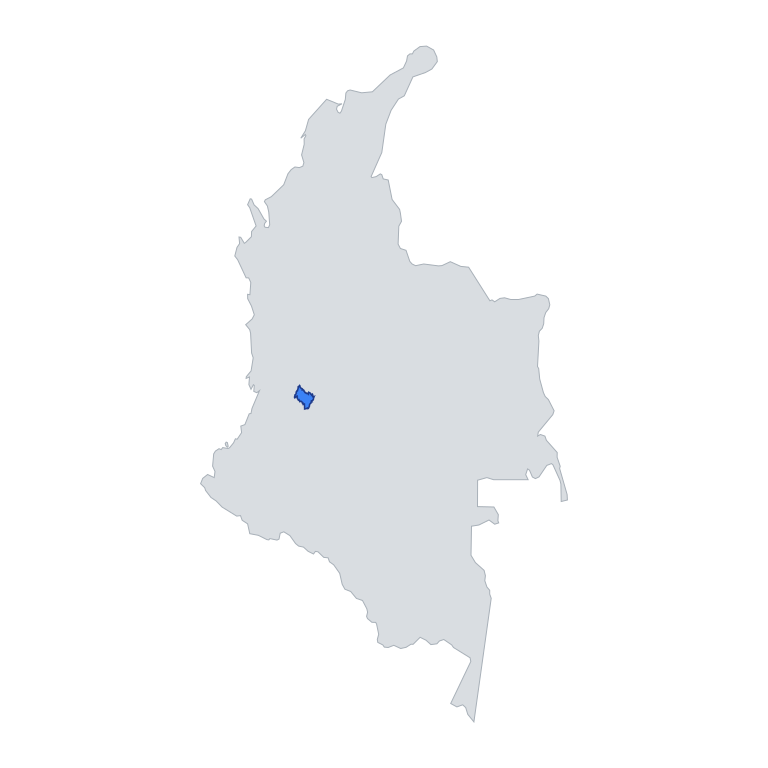 location of Chaparral, Tolima, Colombia
{"feature_id": "7082276B10096367300511", "entity_name": "Chaparral", "entity_type": "district", "adm_level": 2, "iso_a3": "COL", "parent_name": "Colombia", "parent_adm1": "Tolima", "projection": "equal_earth", "projection_center": [-75.57, 3.753], "detail": "fine", "context": "in_parent", "style": "filled", "palette": "blue", "viewbox_px": 768, "rotation_deg": 0, "n_neighbors": 0, "source": "geoboundaries", "source_scale": "gbopen_adm2", "svg_char_len": 7742}
<svg xmlns="http://www.w3.org/2000/svg" viewBox="0 0 768 768"><path d="M431.9,69.0L425.5,72.5L412.9,76.9L404.3,95.8L398.4,99.1L391.1,110.3L385.8,124.2L381.8,152.5L371.1,176.6L371.9,177.6L376.2,176.6L380.3,173.9L381.8,174.7L383.2,178.9L388.2,180.0L392.1,199.5L399.6,209.4L400.4,213.2L401.5,221.3L398.8,226.2L398.1,244.1L400.4,248.5L406.0,250.3L409.8,261.4L412.1,264.0L415.6,265.7L423.7,264.0L438.5,265.9L442.0,265.6L450.3,261.7L460.8,266.4L468.6,267.2L489.9,300.8L492.0,299.9L494.7,301.8L500.0,298.4L504.6,297.8L510.7,299.5L518.6,299.5L534.7,296.1L537.1,294.1L545.8,296.1L548.4,298.6L549.8,304.8L548.7,308.7L545.7,312.6L544.0,317.7L543.7,323.8L542.2,328.3L539.4,331.2L538.3,335.5L538.9,341.1L537.5,366.5L538.7,368.6L539.7,379.0L543.4,392.6L545.2,396.5L548.4,399.6L554.1,410.8L552.8,414.6L538.3,432.1L537.6,436.1L540.4,434.5L544.9,436.1L546.4,440.3L557.2,452.5L557.1,457.2L560.2,466.3L559.6,468.4L567.1,494.5L567.4,500.0L561.2,501.5L560.9,484.0L560.0,480.4L553.0,464.9L551.5,463.6L546.8,465.4L539.0,476.9L535.4,478.6L532.4,477.0L529.5,470.2L527.6,468.9L525.7,474.6L528.1,479.7L493.6,479.7L486.9,477.6L477.6,480.2L477.5,506.6L493.9,507.0L498.3,514.6L497.9,520.7L498.7,522.9L494.7,524.2L489.0,520.0L478.9,525.0L471.5,526.2L471.0,555.3L475.4,562.6L484.1,570.4L485.4,575.7L484.8,580.7L486.9,587.0L489.7,590.3L489.7,594.1L491.2,598.3L473.9,721.9L467.8,714.4L465.7,707.6L462.7,704.8L456.9,706.9L450.7,703.5L470.8,661.5L470.1,657.8L453.5,647.5L451.7,644.9L443.8,639.5L439.4,641.0L436.9,643.8L430.9,644.6L426.0,640.2L420.1,637.3L413.1,644.3L411.0,644.2L406.1,647.3L400.7,648.5L393.8,645.3L388.2,647.5L384.3,647.1L382.8,644.9L377.8,642.4L377.3,639.5L378.7,634.3L376.6,624.1L375.7,622.4L371.9,622.3L367.5,618.6L366.6,616.4L367.6,612.2L366.8,608.7L362.5,600.5L356.4,598.4L350.7,591.5L344.9,589.2L342.2,584.3L339.7,573.3L333.7,564.8L329.5,561.8L328.1,557.8L323.8,557.4L318.0,551.8L315.4,551.4L313.5,554.0L308.1,551.3L303.5,547.1L298.7,546.1L295.6,543.6L289.9,535.6L283.8,531.8L280.2,533.2L279.0,539.1L277.0,540.1L269.9,538.6L268.8,539.9L266.9,539.6L258.3,535.3L249.8,533.7L247.6,523.8L242.2,520.3L240.5,515.6L236.7,516.1L222.1,507.1L216.1,500.9L211.0,497.5L205.6,490.5L204.7,487.7L200.6,483.7L202.7,478.4L207.6,474.5L214.2,477.6L215.0,471.5L212.6,466.1L213.7,453.9L215.4,451.1L219.0,448.7L221.2,449.6L222.7,447.6L228.0,448.5L229.6,447.7L233.6,442.8L235.4,438.8L237.2,439.2L241.6,432.6L240.8,426.1L244.9,424.6L249.2,413.8L251.0,413.5L252.0,408.4L259.5,390.6L256.8,392.7L253.8,391.4L254.3,385.4L253.4,384.7L251.0,389.3L248.9,384.6L249.5,377.0L246.1,378.4L246.3,376.7L251.1,370.9L253.2,357.8L251.6,353.0L250.6,333.3L249.7,329.6L245.7,324.7L252.1,319.0L254.3,314.8L251.5,306.1L247.7,298.7L247.6,294.3L249.9,294.7L250.8,282.5L248.7,277.9L246.1,277.8L237.7,259.8L234.8,256.0L237.0,247.4L239.6,243.6L239.0,237.0L240.7,237.3L244.3,243.3L245.7,242.4L251.4,236.7L251.6,231.5L256.1,226.0L249.7,207.6L247.6,204.7L250.2,198.8L251.6,199.1L254.1,204.9L258.1,208.6L263.9,218.9L266.4,221.2L264.6,223.5L264.2,225.9L265.1,227.3L268.4,227.6L269.7,224.8L268.8,212.3L267.4,206.0L264.4,201.6L265.3,199.8L271.3,196.7L283.7,184.8L288.0,173.7L291.2,169.6L294.9,167.0L299.4,167.6L302.8,166.2L303.9,162.6L301.6,154.9L304.2,144.3L304.1,138.9L305.9,135.7L305.3,134.5L300.8,138.2L305.4,130.8L308.6,119.4L326.6,99.3L338.3,104.1L342.0,103.8L337.2,106.3L336.5,109.2L338.1,112.3L339.9,113.2L341.4,111.2L345.3,99.5L345.9,93.0L347.6,90.8L350.1,90.0L361.6,92.8L372.4,91.8L390.1,75.0L403.4,67.9L406.6,61.0L407.5,55.9L409.9,53.9L412.4,53.9L413.9,51.0L420.0,46.6L426.6,46.1L433.6,50.0L436.8,56.9L437.3,61.6L431.9,69.0ZM228.2,446.3L227.3,447.2L225.8,445.6L225.2,443.6L226.2,442.1L227.4,442.6L228.2,446.3Z" fill="#d9dde1" stroke="#a8b0b8" stroke-width="1"/><path d="M304.6,408.9L304.8,408.8L304.9,408.7L305.1,408.9L305.4,408.9L305.6,408.8L305.9,408.8L306.1,408.6L306.4,408.4L306.5,408.4L306.9,408.3L307.0,408.4L307.5,408.0L307.6,407.9L307.8,408.0L308.1,408.1L308.2,408.3L308.2,408.2L308.2,408.4L308.2,408.5L308.4,408.4L308.4,408.1L308.7,407.7L308.8,407.6L309.1,406.9L309.1,406.6L309.3,406.2L309.5,406.0L309.5,405.9L309.5,405.7L309.4,405.5L309.4,405.0L309.6,404.8L309.7,404.4L309.9,404.1L310.1,403.8L310.1,403.7L310.4,403.5L310.5,403.4L310.6,403.2L310.8,403.2L311.1,402.9L311.1,402.7L311.1,402.2L311.2,401.9L311.3,401.7L311.5,401.7L311.4,401.6L311.3,401.4L311.4,401.2L311.4,400.8L311.5,400.8L311.8,400.9L312.2,400.8L312.2,400.7L312.4,400.7L312.5,400.6L312.8,400.4L312.9,400.1L313.0,399.9L313.0,399.5L313.1,399.4L313.1,399.5L313.2,399.8L313.3,399.7L313.4,399.2L313.5,399.0L313.5,398.8L313.5,398.5L313.6,398.0L313.7,397.8L313.8,397.6L313.9,397.4L313.8,397.2L313.9,396.9L314.0,396.7L313.8,396.8L313.7,396.7L313.5,396.8L313.4,396.9L313.2,397.0L313.1,396.9L313.0,397.0L312.9,396.9L312.7,396.7L312.8,396.2L312.8,395.8L312.8,395.7L312.9,395.2L312.5,395.1L312.4,395.0L312.3,394.9L312.3,394.7L312.1,394.9L312.1,395.0L311.9,395.0L311.7,395.1L311.7,394.9L311.6,395.0L311.6,394.8L311.6,394.6L311.4,394.5L311.4,394.4L311.2,394.1L310.9,393.9L310.8,394.0L310.7,394.1L310.5,393.9L310.5,393.7L310.4,393.5L310.3,393.3L310.3,393.2L310.2,393.1L310.0,392.9L309.9,392.9L309.7,392.7L309.3,392.6L309.1,392.2L309.1,392.3L308.8,392.2L308.8,392.3L308.6,392.8L308.5,393.3L308.3,393.7L308.3,393.9L308.3,394.1L308.2,394.0L308.0,393.8L308.0,393.7L307.9,393.6L307.7,393.4L307.3,393.4L307.2,393.3L307.1,393.5L306.9,393.4L306.9,393.5L306.6,393.5L306.5,393.3L306.4,393.3L306.2,393.3L306.0,393.0L305.7,392.9L305.6,392.7L305.4,392.8L305.2,392.8L305.0,392.6L304.6,392.1L304.6,391.9L304.6,391.7L304.5,391.4L304.4,391.4L304.3,391.2L304.0,391.2L303.9,390.9L303.9,390.6L303.8,390.2L303.5,390.0L303.4,389.9L303.2,389.8L302.9,389.9L302.9,390.0L302.7,390.0L302.5,389.9L302.3,389.9L302.4,389.7L302.5,389.6L302.5,389.3L302.5,389.1L302.4,388.9L302.1,388.7L301.8,388.5L301.6,388.6L301.4,388.6L301.2,388.4L301.2,388.2L300.9,388.0L300.7,387.9L300.5,387.7L300.2,387.1L300.1,386.9L299.9,386.5L300.0,386.2L299.9,385.9L299.8,385.6L299.6,385.4L299.4,385.7L299.1,386.1L298.9,386.2L298.8,386.4L298.8,386.8L298.7,386.9L298.4,386.7L298.2,386.7L298.1,386.9L298.1,387.2L298.1,387.5L298.2,387.8L298.2,388.0L298.1,388.7L297.8,389.0L297.8,389.4L297.7,389.6L297.8,389.7L297.8,389.9L297.6,390.3L297.4,390.6L297.4,390.9L297.1,391.0L297.1,390.9L297.0,390.7L296.9,390.8L296.7,391.3L296.5,391.6L296.4,391.7L296.2,391.9L296.1,392.2L296.2,392.4L296.2,392.6L296.4,393.0L296.2,393.2L296.1,393.3L296.0,393.7L296.0,393.8L295.8,394.2L295.5,394.5L295.4,394.6L295.2,394.7L295.2,394.8L295.2,395.0L295.0,395.3L294.9,395.3L294.9,395.5L294.9,395.8L294.8,396.0L294.7,396.2L294.7,396.3L294.6,396.7L294.5,396.9L294.5,397.2L294.5,397.3L294.6,397.6L294.8,397.4L295.0,397.5L295.2,397.4L295.3,397.3L295.3,397.2L295.4,397.3L295.5,397.1L295.8,397.1L296.2,396.6L296.4,396.5L296.5,396.2L296.8,396.1L296.9,396.3L297.1,396.2L297.1,396.3L297.1,396.6L297.3,396.8L297.2,397.1L297.3,397.2L297.3,397.5L297.2,397.6L297.3,397.9L297.3,398.3L297.3,398.5L297.5,398.8L297.8,399.0L298.0,399.3L298.0,399.5L298.1,399.8L298.3,400.1L298.5,400.2L299.0,399.8L299.1,400.1L299.3,400.2L299.4,400.3L299.3,400.5L299.5,401.0L299.6,401.3L299.7,401.5L299.8,401.4L300.2,401.6L300.3,401.6L300.6,401.4L300.9,401.3L301.0,401.2L301.2,401.3L301.3,401.4L301.4,401.5L301.6,401.6L302.0,402.2L302.1,402.3L302.2,402.6L302.3,402.4L302.5,402.4L302.6,402.5L302.9,402.8L303.0,403.2L303.1,403.3L303.0,403.6L303.2,403.9L303.2,404.0L303.2,404.3L303.4,404.2L303.5,404.3L303.6,404.5L303.8,404.6L304.0,404.5L304.2,404.4L304.2,404.2L304.4,404.1L304.4,404.4L304.3,404.5L304.5,404.7L304.5,404.9L304.5,405.1L304.5,405.3L304.5,405.7L304.5,406.0L304.6,406.3L304.6,406.5L304.6,406.8L304.5,407.0L304.5,407.3L304.6,407.5L304.6,407.9L304.6,408.0L304.6,408.3L304.6,408.5L304.6,408.8L304.6,408.9Z" fill="#3b82f6" stroke="#1e3a8a" stroke-width="1.5"/></svg>